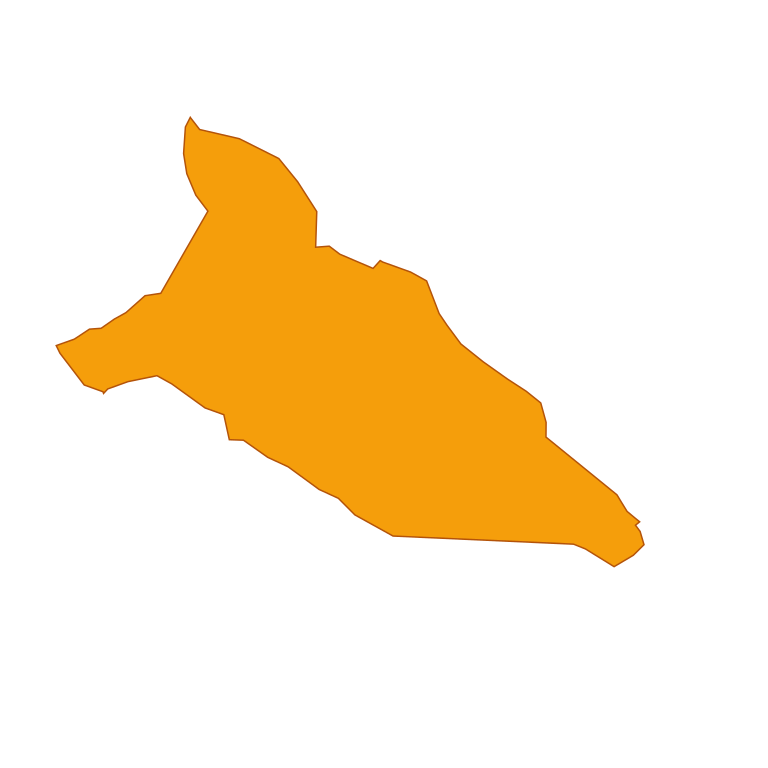 outline of Morne Lastic, Soufrière, Saint Lucia, rotated 29°
{"feature_id": "8701671B74106328276296", "entity_name": "Morne Lastic", "entity_type": "district", "adm_level": 2, "iso_a3": "LCA", "parent_name": "Saint Lucia", "parent_adm1": "Soufrière", "projection": "robinson", "projection_center": [-61.059, 13.867], "detail": "fine", "context": "isolated", "style": "filled", "palette": "amber", "viewbox_px": 768, "rotation_deg": 29, "n_neighbors": 0, "source": "geoboundaries", "source_scale": "gbopen_adm2", "svg_char_len": 989}
<svg xmlns="http://www.w3.org/2000/svg" viewBox="0 0 768 768"><g transform="rotate(29 384 384)"><path d="M320.8,277.9L318.4,288.2L282.4,291.9L269.3,290.0L257.9,297.5L241.6,265.8L210.5,249.0L182.7,237.8L138.6,239.6L99.4,250.8L86.3,245.2L85.3,244.7L85.7,255.5L97.0,279.6L109.6,295.7L127.9,310.1L146.2,318.2L144.8,412.9L132.2,422.6L123.7,446.7L116.7,457.9L109.6,472.4L99.8,478.8L91.4,494.9L78.7,509.3L85.7,514.2L122.3,530.2L142.0,527.0L143.3,528.2L144.8,522.2L158.9,506.1L181.4,486.8L198.3,486.8L239.1,491.7L258.8,488.5L275.7,507.7L288.3,501.3L317.9,504.5L340.4,502.9L378.4,507.7L399.5,506.1L422.0,512.6L465.6,512.6L627.4,432.2L640.1,430.6L673.8,432.2L685.1,412.9L689.3,398.5L679.5,388.8L672.4,385.6L674.4,380.6L667.8,379.4L658.4,377.6L648.6,372.1L641.5,368.0L551.4,351.9L544.4,339.0L530.3,324.6L512.0,321.4L489.5,319.8L460.0,316.5L431.8,311.7L410.7,302.1L398.1,295.7L371.3,273.2L353.0,273.2L323.5,278.0L322.6,277.9L320.8,277.9Z" fill="#f59e0b" stroke="#b45309" stroke-width="1.5"/></g></svg>